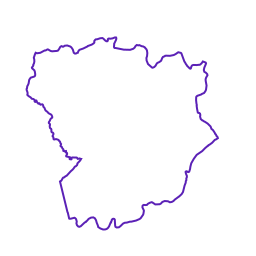 the district of Gualán, Zacapa, Guatemala, rotated 167°
{"feature_id": "79465075B90602875847956", "entity_name": "Gualán", "entity_type": "district", "adm_level": 2, "iso_a3": "GTM", "parent_name": "Guatemala", "parent_adm1": "Zacapa", "projection": "robinson", "projection_center": [-89.267, 15.151], "detail": "fine", "context": "isolated", "style": "outline", "palette": "violet", "viewbox_px": 256, "rotation_deg": 167, "n_neighbors": 0, "source": "geoboundaries", "source_scale": "gbopen_adm2", "svg_char_len": 5889}
<svg xmlns="http://www.w3.org/2000/svg" viewBox="0 0 256 256"><g transform="rotate(167 128 128)"><path d="M42.7,97.9L42.9,99.5L43.6,100.4L43.8,101.9L44.5,102.9L44.5,103.7L45.7,106.9L46.9,108.4L47.2,110.9L49.4,114.4L51.7,116.8L52.4,117.3L53.7,118.7L54.0,118.8L55.1,120.4L55.2,122.9L54.6,124.4L54.6,125.8L55.2,126.6L56.1,126.9L56.5,127.4L56.4,131.1L56.1,134.4L55.8,134.8L55.8,136.5L55.4,139.8L54.6,142.8L54.0,143.4L53.0,143.8L49.1,144.2L48.6,144.5L46.0,145.0L44.4,146.4L43.4,147.7L41.9,151.7L41.7,156.4L41.4,158.1L40.5,159.6L38.7,161.5L38.7,162.7L39.7,164.4L41.0,165.6L41.1,167.4L40.1,169.6L37.9,172.6L37.4,173.5L37.6,174.3L40.1,176.0L40.8,175.3L41.5,174.7L42.4,174.1L43.4,173.6L43.7,173.5L44.1,173.5L44.5,173.6L47.0,173.9L49.6,174.6L50.1,174.7L50.8,174.7L51.2,174.6L51.7,174.4L52.2,173.9L52.5,173.5L53.4,171.9L54.0,171.8L54.5,172.2L56.6,175.6L56.7,176.3L57.2,177.3L57.7,179.2L58.1,180.0L59.2,188.7L59.6,189.3L62.0,190.5L65.0,189.3L67.0,188.8L70.9,188.9L74.6,189.9L75.6,190.0L76.0,189.7L77.9,189.4L78.9,188.5L80.6,186.1L82.7,185.2L84.7,184.8L85.5,184.3L87.1,182.5L88.7,181.5L90.4,181.2L91.0,181.5L94.1,185.8L94.7,189.6L94.3,192.1L93.3,193.7L92.3,196.7L92.1,199.3L92.4,200.7L93.2,201.9L93.2,202.4L93.9,203.2L95.1,204.2L96.1,204.5L98.3,206.2L99.4,206.2L100.8,206.9L102.3,206.1L103.5,204.8L105.1,204.0L108.3,203.7L114.5,205.3L122.0,208.7L122.9,208.9L123.4,209.5L123.3,210.8L122.8,211.9L122.6,213.1L120.1,216.2L119.3,217.5L119.2,218.8L120.3,219.2L123.0,218.8L125.4,219.0L126.4,219.5L127.2,219.4L127.7,219.0L127.9,217.9L128.2,217.5L128.5,217.2L129.6,217.4L130.6,218.5L131.9,220.6L132.7,221.4L134.9,221.7L138.1,221.4L139.5,221.6L140.3,221.2L141.3,220.3L141.6,218.8L142.4,218.2L144.6,217.4L148.8,216.9L149.1,216.6L153.8,215.5L157.7,215.1L159.1,214.0L160.0,212.6L160.4,212.7L161.8,212.3L162.9,212.4L163.9,213.5L164.1,216.8L165.0,219.2L165.8,220.3L168.7,222.1L171.3,222.4L172.6,221.8L173.4,221.9L174.2,222.7L175.0,222.6L176.2,221.9L176.8,221.0L178.8,219.2L179.9,219.1L184.7,219.8L186.1,220.5L188.2,222.5L188.8,222.7L190.8,222.1L191.8,222.3L196.6,221.0L199.9,221.3L201.0,222.1L202.0,220.9L204.0,217.6L203.9,216.0L204.3,213.8L205.1,212.1L206.1,210.9L206.2,210.2L207.0,209.3L208.0,208.6L208.0,207.7L206.3,205.3L206.1,203.9L206.3,201.3L206.7,200.0L207.3,199.4L208.0,199.2L211.5,198.9L212.9,197.7L213.5,197.0L214.8,193.8L215.7,192.5L216.8,191.3L217.0,190.7L217.6,189.2L218.0,188.9L218.2,187.9L217.9,185.3L218.2,183.6L218.6,183.1L218.5,182.5L217.8,181.7L217.2,180.9L216.1,179.9L215.8,179.4L215.3,178.4L215.1,178.1L213.8,177.6L213.1,176.9L212.8,176.4L212.8,175.7L213.0,175.1L212.8,174.5L212.4,174.3L212.1,174.6L211.7,175.2L211.5,175.5L211.1,175.4L211.0,175.1L210.9,174.1L210.8,173.6L210.6,173.1L210.0,172.2L209.9,171.9L209.4,171.7L209.2,172.1L208.8,172.0L208.3,170.8L208.0,170.4L206.6,170.4L206.1,170.3L205.8,169.9L205.7,169.6L205.6,169.2L205.7,167.8L205.5,167.4L205.1,166.9L204.9,166.5L204.6,164.6L204.4,163.7L204.2,163.4L203.8,162.9L203.1,162.1L202.8,161.7L202.5,161.0L201.9,160.1L199.9,158.4L199.5,157.6L199.4,157.0L199.3,156.2L199.3,155.8L199.4,155.5L199.5,155.2L201.0,154.5L201.4,154.2L201.8,153.8L202.5,152.7L203.7,151.6L203.9,151.2L204.0,150.6L203.8,150.2L203.5,149.9L203.3,149.6L203.2,149.3L203.3,148.7L203.4,148.3L203.8,147.7L203.9,147.3L204.0,146.4L203.9,145.3L203.1,144.5L203.0,144.0L203.0,143.7L203.1,143.2L203.4,142.1L203.4,141.6L203.3,141.1L203.0,140.8L202.6,140.6L202.2,140.3L202.0,139.8L201.9,139.5L202.0,138.9L202.3,138.3L203.0,137.6L203.3,137.1L203.3,136.7L203.0,136.3L202.8,135.7L202.8,135.4L203.0,134.4L203.0,133.9L202.8,133.6L202.5,133.4L201.2,133.4L200.4,133.3L199.1,132.5L198.4,132.0L198.0,130.9L197.4,130.2L197.3,129.8L197.3,128.7L197.2,128.3L197.0,128.0L196.8,127.4L197.1,126.8L197.6,126.2L197.8,125.7L197.7,125.3L197.4,125.0L196.9,124.7L196.7,124.3L196.5,122.8L195.9,122.0L195.8,121.6L195.8,121.3L196.0,120.9L196.2,120.4L195.8,120.0L195.0,119.8L194.9,119.4L194.5,119.1L194.0,119.5L193.6,119.5L193.6,119.2L194.0,118.5L194.0,118.1L193.7,117.9L193.3,117.7L193.1,117.4L193.1,116.6L193.2,116.3L193.5,115.9L194.4,115.0L194.6,114.6L194.5,114.2L194.0,113.9L191.6,112.8L191.1,112.5L191.2,112.0L191.8,111.3L191.8,110.8L191.5,110.6L190.7,110.3L190.3,110.2L190.0,110.4L189.8,111.5L189.6,111.7L189.1,111.8L188.8,111.8L185.8,111.0L184.8,110.8L184.4,110.5L184.2,110.0L184.1,109.5L183.9,109.2L181.9,109.2L181.5,108.9L181.3,108.6L180.7,108.4L181.7,107.3L182.6,106.6L185.1,105.0L185.4,104.6L185.5,104.2L185.7,103.7L186.0,103.3L186.6,103.0L187.3,102.5L188.1,102.4L188.6,102.2L190.2,100.7L191.5,99.8L193.4,98.8L198.5,95.3L199.5,95.1L200.1,94.9L201.1,94.3L201.7,94.2L202.1,94.3L202.5,94.1L202.9,93.8L204.4,92.1L204.7,91.8L205.1,91.5L205.7,91.5L206.3,91.2L205.9,59.7L205.7,59.2L205.7,53.0L205.3,52.7L204.0,52.5L200.4,52.6L199.7,52.0L199.1,50.9L199.0,49.4L199.0,48.2L199.7,46.8L199.6,44.9L198.8,43.4L197.8,42.7L196.2,42.9L191.4,45.7L190.2,45.9L190.0,46.3L188.8,46.8L186.8,48.3L184.2,49.0L181.9,48.7L180.6,47.5L179.9,45.3L179.8,42.8L179.3,39.8L179.3,38.2L177.5,36.3L175.1,34.7L173.2,34.3L171.5,34.4L169.9,35.2L168.5,36.5L166.3,39.6L165.8,39.7L165.8,40.2L164.7,41.4L164.5,42.1L163.6,42.8L162.8,42.9L161.9,42.5L161.5,41.8L162.5,35.6L162.4,34.5L161.4,33.6L159.2,33.3L157.4,34.1L154.3,36.0L152.5,36.4L150.3,36.1L147.2,36.3L145.8,36.0L141.0,36.0L137.2,36.7L135.9,37.3L132.8,40.1L132.3,40.9L131.2,43.6L131.1,44.2L131.8,47.3L131.4,48.8L130.6,49.4L129.8,49.5L128.4,49.0L126.9,48.8L125.8,49.6L123.8,50.2L121.7,50.4L121.1,50.1L118.6,47.4L114.3,46.6L112.9,47.0L111.2,48.2L108.7,48.6L105.5,47.6L103.9,46.2L102.0,46.1L100.2,46.6L98.3,47.8L93.2,50.0L90.6,51.5L88.8,53.3L85.8,59.2L84.1,61.7L83.6,63.3L82.9,64.0L82.5,65.8L81.8,66.7L81.4,68.0L81.8,70.3L81.8,72.2L81.1,72.7L80.5,72.6L79.4,71.5L78.6,71.5L78.1,71.8L76.8,74.0L75.9,76.3L74.3,79.4L70.8,83.2L67.1,86.4L60.9,88.8L57.3,91.1L54.4,92.6L53.8,92.7L53.4,93.2L52.3,93.4L49.3,94.7L46.1,96.9L44.7,97.1L42.7,97.9Z" fill="none" stroke="#5b21b6" stroke-width="2"/></g></svg>